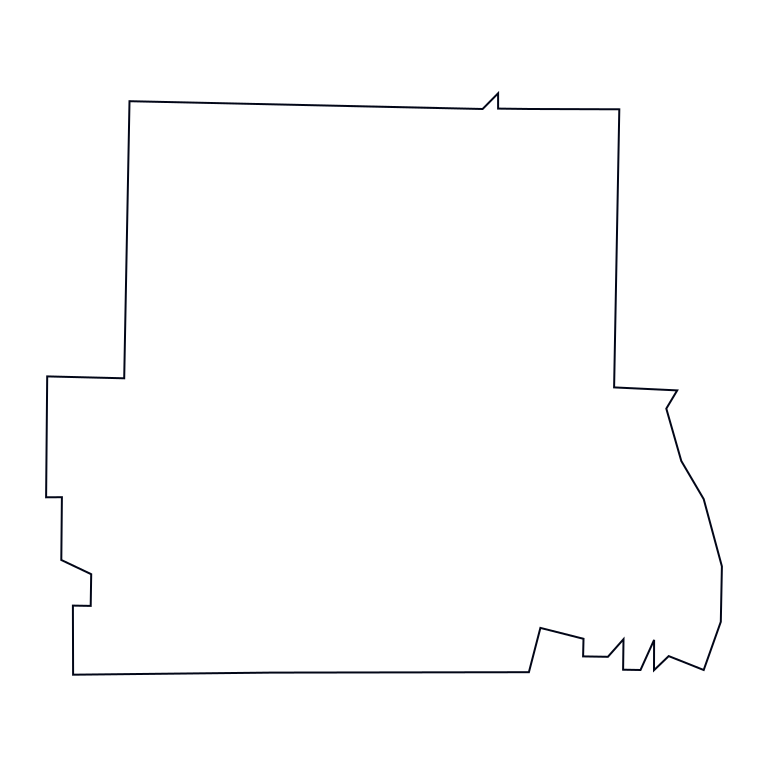 outline of Randolph, Georgia, United States of America
{"feature_id": "52423323B38582621445702", "entity_name": "Randolph", "entity_type": "district", "adm_level": 2, "iso_a3": "USA", "parent_name": "United States of America", "parent_adm1": "Georgia", "projection": "mercator", "projection_center": [-84.71, 31.774], "detail": "fine", "context": "isolated", "style": "outline", "palette": "ink", "viewbox_px": 768, "rotation_deg": 0, "n_neighbors": 0, "source": "geoboundaries", "source_scale": "gbopen_adm2", "svg_char_len": 549}
<svg xmlns="http://www.w3.org/2000/svg" viewBox="0 0 768 768"><path d="M47.2,376.4L46.1,497.3L61.9,497.2L61.3,560.0L91.2,574.2L90.7,605.9L72.9,605.6L73.1,674.7L271.7,672.6L528.9,672.2L540.4,627.9L583.5,638.8L583.1,656.4L607.9,656.8L623.5,639.2L623.1,669.7L640.5,670.0L654.1,639.9L654.0,670.2L668.7,656.1L703.7,670.0L720.8,621.8L721.9,566.4L703.7,499.1L681.3,461.0L666.3,408.6L677.2,390.4L614.1,387.4L619.3,109.3L530.0,109.0L498.1,108.6L498.1,93.3L482.6,109.0L129.5,101.2L124.2,378.3L47.2,376.4Z" fill="none" stroke="#020617" stroke-width="2"/></svg>